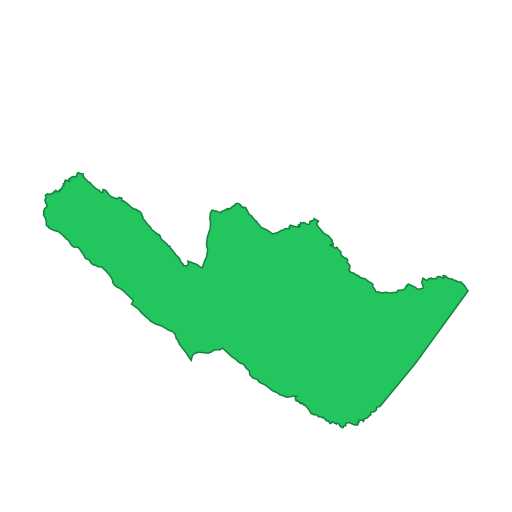 the district of Íquira, Huila, Colombia, rotated 134°
{"feature_id": "7082276B93831290188836", "entity_name": "Íquira", "entity_type": "district", "adm_level": 2, "iso_a3": "COL", "parent_name": "Colombia", "parent_adm1": "Huila", "projection": "equal_earth", "projection_center": [-75.689, 2.666], "detail": "fine", "context": "isolated", "style": "filled", "palette": "green", "viewbox_px": 512, "rotation_deg": 134, "n_neighbors": 0, "source": "geoboundaries", "source_scale": "gbopen_adm2", "svg_char_len": 6100}
<svg xmlns="http://www.w3.org/2000/svg" viewBox="0 0 512 512"><g transform="rotate(134 256 256)"><path d="M376.1,230.1L371.9,232.6L368.8,232.5L365.0,230.4L359.1,222.9L356.1,221.5L352.8,220.8L351.0,219.5L348.5,216.8L345.9,216.2L345.4,215.0L345.3,203.5L344.5,199.3L344.3,194.5L344.0,192.6L342.9,191.3L342.6,188.9L343.4,186.0L343.5,183.2L343.2,181.1L345.7,178.1L345.9,173.5L343.8,168.9L344.5,166.6L344.3,165.2L342.6,160.6L341.7,154.6L341.8,152.8L341.1,149.3L339.6,146.0L339.4,142.7L337.7,139.5L336.8,136.8L335.8,135.3L330.4,131.4L328.8,129.2L330.3,129.5L331.7,128.2L331.6,127.3L332.1,127.1L332.4,126.3L331.2,125.2L331.0,124.0L331.4,122.9L331.0,120.8L329.8,120.9L329.4,120.3L330.2,118.4L329.3,117.7L329.6,117.1L329.1,116.4L329.5,115.4L329.2,114.3L329.7,113.1L329.9,110.6L330.9,108.0L330.9,106.7L330.0,104.2L329.6,103.5L328.9,103.4L328.3,102.2L328.1,99.1L326.5,97.6L326.3,95.9L325.4,95.7L325.2,94.8L325.6,93.2L325.3,91.9L325.6,91.1L325.2,90.1L324.5,89.6L324.3,88.8L325.0,87.4L325.1,86.4L323.6,85.6L322.4,85.9L321.8,85.0L321.7,83.3L321.1,82.5L321.1,81.3L320.1,81.4L319.3,80.4L319.2,79.3L319.8,78.3L320.0,76.3L319.5,74.5L318.8,74.2L317.4,74.8L315.8,73.6L314.7,74.8L314.0,74.9L312.1,74.1L311.1,73.2L308.9,67.3L307.8,67.2L307.3,65.6L306.4,65.7L306.1,66.5L304.1,66.3L303.8,67.6L303.3,67.3L302.3,67.7L301.9,67.6L301.5,66.7L300.3,65.3L300.4,63.8L299.6,64.0L299.1,65.0L296.9,64.6L295.2,63.5L293.7,63.4L293.1,63.7L291.0,63.1L290.5,63.1L289.2,64.5L288.1,64.7L286.3,63.0L284.9,62.5L283.0,62.5L281.2,64.2L278.1,62.3L222.6,66.7L133.8,79.2L133.8,80.3L132.4,85.7L132.3,90.4L134.6,93.1L134.4,93.9L135.1,94.6L134.9,95.4L135.8,96.5L136.3,99.1L138.2,101.5L138.7,103.0L138.7,105.8L139.6,107.4L140.2,107.8L140.9,105.6L142.0,105.8L142.8,108.8L143.7,110.3L145.3,111.1L147.6,110.9L148.4,112.2L149.7,112.8L150.1,114.7L151.2,114.9L152.2,116.1L154.6,115.9L155.6,117.9L155.6,120.2L156.2,120.6L160.0,118.2L162.1,114.0L162.8,113.5L163.8,113.9L166.7,115.7L167.8,117.3L168.0,120.6L169.0,122.6L169.2,124.3L170.0,125.2L170.1,126.6L170.4,126.9L171.5,127.2L172.3,126.6L173.4,127.1L176.1,126.0L179.3,127.2L181.6,129.8L182.7,130.1L184.4,129.5L187.7,132.6L189.3,133.5L191.8,137.3L195.4,140.0L196.6,142.9L198.2,144.0L198.4,145.1L197.4,147.5L196.9,150.4L196.4,151.3L195.3,152.0L195.1,153.2L196.2,157.6L196.6,161.8L197.9,163.7L199.1,166.6L199.0,168.6L200.2,171.5L200.2,173.1L201.7,176.1L201.9,178.1L201.4,179.8L200.3,179.4L199.6,180.4L198.2,181.0L197.4,182.8L197.3,186.1L195.5,186.9L195.1,187.5L194.8,188.9L195.8,191.2L196.2,194.5L195.5,196.6L194.5,197.3L194.0,198.2L194.2,201.4L193.5,203.3L193.8,204.2L195.0,204.3L195.5,204.8L195.6,207.0L196.9,210.0L196.0,210.3L195.0,208.2L193.8,208.5L193.4,209.0L192.8,211.5L192.3,211.5L191.7,212.6L191.2,218.0L192.5,222.6L191.7,232.2L190.5,234.9L187.5,235.2L187.9,235.9L187.8,237.0L188.3,237.5L188.2,238.3L188.7,238.9L188.6,240.0L189.5,239.6L191.3,239.8L193.4,241.3L193.8,241.3L194.8,240.1L196.0,239.8L196.5,240.1L198.0,241.6L198.3,244.4L199.2,245.3L200.3,245.4L201.0,247.2L202.4,246.1L203.1,246.2L203.7,247.1L204.3,247.0L204.2,244.9L205.1,244.8L206.0,246.6L207.2,247.3L209.9,252.7L211.9,252.5L212.5,251.1L213.0,251.0L216.4,254.2L218.6,254.3L219.6,255.5L224.4,256.8L228.8,259.7L229.0,262.8L230.0,267.3L231.8,272.0L231.1,278.3L230.5,279.7L231.3,281.0L230.8,282.5L230.9,284.3L230.2,286.5L230.6,288.3L230.6,290.9L229.7,292.5L229.6,294.0L228.9,294.8L228.9,295.9L228.4,297.1L228.6,297.9L229.9,298.4L229.9,299.4L230.6,300.0L230.7,300.5L230.2,301.2L230.3,301.8L229.9,302.9L230.3,303.5L230.4,304.7L230.8,305.7L232.6,306.9L234.8,306.7L237.8,307.5L239.4,307.2L240.2,308.1L241.3,308.1L241.6,309.3L242.1,309.8L242.5,309.4L243.4,309.4L245.1,310.7L246.3,310.6L247.6,311.8L249.6,311.5L251.1,315.5L252.4,317.1L253.2,319.2L253.9,319.5L257.1,318.5L259.4,316.4L261.3,315.3L262.6,312.9L268.5,307.6L270.5,307.0L276.0,304.2L281.4,300.3L282.7,298.9L285.2,295.0L290.7,291.1L294.8,289.8L301.3,286.7L302.1,287.0L302.7,288.1L303.1,292.6L307.0,301.4L308.6,299.1L310.2,298.8L311.5,299.1L313.2,301.4L312.5,302.5L312.5,306.1L311.6,307.6L310.8,310.3L310.9,315.2L310.4,316.0L310.6,317.2L310.2,318.1L309.6,323.4L308.8,325.1L309.4,325.6L309.7,327.0L309.2,328.2L309.5,329.4L309.3,330.7L309.7,335.5L309.3,337.0L307.9,339.5L308.0,340.8L308.6,341.2L309.5,349.7L308.5,352.1L308.7,353.6L308.2,358.9L307.6,360.8L307.9,362.7L307.0,364.4L306.3,364.7L306.1,366.5L305.4,366.9L305.1,367.7L304.8,368.9L304.8,371.5L305.8,372.3L305.4,373.8L307.0,376.7L307.6,379.3L307.7,384.7L308.3,389.6L309.3,390.1L309.1,391.3L307.6,392.6L307.6,393.0L309.2,395.4L311.4,395.6L313.9,401.3L314.2,404.6L313.4,407.1L313.6,408.3L313.2,409.6L313.9,411.7L314.8,412.2L316.1,410.6L317.5,410.7L317.9,413.0L317.6,414.0L318.9,418.2L318.7,420.8L319.1,422.2L318.5,426.0L319.1,428.4L319.1,431.0L318.9,433.9L318.4,435.9L317.0,437.4L318.5,439.2L319.5,441.8L320.2,442.0L321.2,441.8L323.5,440.5L325.3,441.8L326.1,443.0L328.2,443.7L329.0,443.2L330.3,444.2L331.0,443.7L331.7,441.9L332.3,442.3L332.1,442.9L332.5,443.1L332.7,444.3L333.3,444.5L333.8,445.9L335.1,445.5L336.0,444.4L338.0,444.8L338.6,443.1L339.3,443.6L341.5,443.2L343.0,442.0L343.8,443.1L344.6,442.8L345.4,443.2L345.7,442.2L347.6,443.1L347.5,444.2L348.1,445.8L349.1,445.7L349.8,446.1L351.1,445.1L352.0,446.1L353.9,446.5L354.4,447.3L355.5,447.4L356.1,449.3L358.7,449.7L360.2,447.1L362.4,446.8L362.8,445.7L363.8,444.6L364.4,441.9L365.4,440.7L368.9,441.0L371.7,439.6L372.2,438.3L373.8,437.8L375.1,433.8L377.0,430.7L378.9,429.0L379.7,427.4L379.3,426.3L379.6,424.5L379.2,422.9L378.1,419.4L375.7,415.1L375.4,412.3L375.2,409.0L375.4,404.5L375.0,401.9L376.4,396.7L376.3,394.0L375.8,392.8L373.9,391.0L373.3,389.0L374.6,382.2L376.2,377.0L375.9,375.8L374.8,374.2L374.8,373.0L375.6,370.2L375.5,366.9L374.5,365.8L373.5,362.5L371.1,359.2L371.0,353.5L371.4,348.9L372.0,345.3L373.2,342.3L374.6,340.6L375.3,337.8L374.9,334.4L373.7,330.9L373.2,327.2L373.2,314.0L374.2,312.8L377.1,312.2L375.9,304.2L375.9,302.7L376.4,299.8L376.3,292.7L375.9,289.8L376.1,286.5L374.6,280.8L371.8,275.0L370.0,267.3L368.2,263.0L368.6,259.6L370.9,255.7L370.8,254.0L372.7,249.7L374.3,238.3L375.6,233.4L376.1,230.1Z" fill="#22c55e" stroke="#15803d" stroke-width="1.5"/></g></svg>